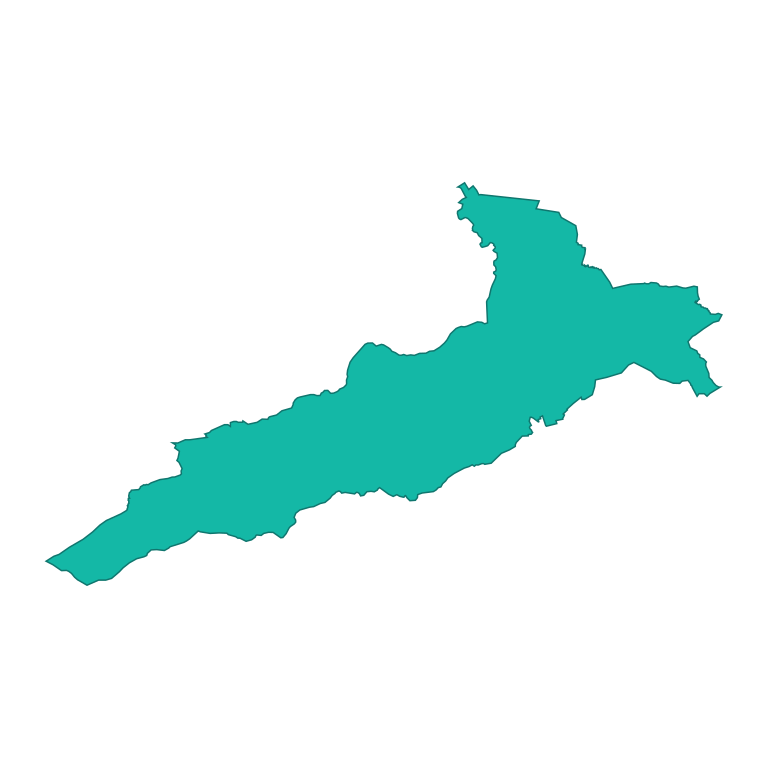 the district of Rieni, Bihor, Romania
{"feature_id": "2599482B82314750202462", "entity_name": "Rieni", "entity_type": "district", "adm_level": 2, "iso_a3": "ROU", "parent_name": "Romania", "parent_adm1": "Bihor", "projection": "orthographic", "projection_center": [22.405, 46.554], "detail": "fine", "context": "isolated", "style": "filled", "palette": "teal", "viewbox_px": 768, "rotation_deg": 0, "n_neighbors": 0, "source": "geoboundaries", "source_scale": "gbopen_adm2", "svg_char_len": 6116}
<svg xmlns="http://www.w3.org/2000/svg" viewBox="0 0 768 768"><path d="M219.2,532.9L226.9,533.2L228.3,534.6L235.7,536.7L237.8,538.1L240.0,538.2L246.1,541.3L251.6,539.8L255.2,537.2L256.0,535.4L256.8,535.0L261.2,535.4L263.8,533.4L268.5,532.3L273.1,532.4L280.8,537.8L282.9,537.5L286.1,533.7L289.0,528.1L290.3,526.6L294.4,523.8L295.7,522.1L295.6,520.0L294.1,517.4L295.8,513.2L299.8,510.0L309.5,507.2L313.7,506.6L320.3,503.5L325.0,502.4L330.1,498.2L332.2,495.4L334.9,493.5L335.8,492.3L338.8,491.0L340.4,491.6L341.7,493.1L345.2,492.4L354.6,493.9L356.5,492.3L357.8,492.5L359.3,493.5L360.6,495.9L363.8,495.3L366.9,491.7L371.1,491.3L374.3,491.8L377.3,490.1L378.1,488.7L379.6,487.6L388.5,494.1L393.2,496.4L396.9,494.7L399.7,496.3L403.4,497.2L404.1,497.1L405.1,495.6L405.6,495.6L407.1,497.9L409.9,500.7L415.4,500.3L417.4,497.7L417.7,494.6L422.2,493.0L433.4,491.6L436.2,489.9L438.3,487.6L440.9,486.9L442.6,483.7L445.6,481.0L447.8,477.9L454.2,473.4L464.2,468.1L469.2,466.5L472.2,464.8L474.3,466.2L476.0,464.9L478.2,465.0L481.9,463.6L483.7,463.6L484.7,464.3L491.2,463.2L501.4,453.3L509.4,449.9L515.3,446.4L515.3,444.7L516.3,442.4L522.2,436.1L528.2,435.9L528.3,434.6L531.4,434.1L532.6,432.4L531.7,431.3L531.5,430.3L529.8,428.5L529.5,427.2L530.0,426.2L531.3,425.4L529.2,421.2L530.2,417.3L531.3,417.2L533.3,418.1L538.3,421.9L538.8,421.7L538.2,419.5L540.7,418.7L540.1,417.1L542.5,415.9L545.7,425.5L546.4,426.2L556.8,423.6L556.0,420.6L562.8,419.2L562.7,418.6L564.4,415.0L563.2,414.0L567.4,409.9L566.9,409.2L573.1,403.6L581.1,397.2L581.9,399.5L584.6,399.4L592.3,394.7L594.7,386.7L595.5,379.9L606.5,377.4L621.4,372.9L628.5,365.0L633.9,362.4L651.3,371.3L656.5,376.5L660.3,379.1L665.3,380.1L673.2,383.2L679.8,383.4L682.1,381.1L688.0,380.4L690.5,383.7L690.9,385.2L691.7,385.7L692.5,387.8L697.1,396.3L699.0,393.7L704.3,393.7L707.0,396.2L709.9,393.4L720.2,387.1L718.9,387.1L716.0,385.5L713.2,382.5L711.9,380.2L709.1,377.5L708.8,373.4L705.8,366.2L705.7,363.5L706.4,362.0L703.5,358.9L699.9,357.4L699.7,354.7L697.8,353.5L696.8,350.9L690.2,347.7L688.0,341.6L692.5,336.4L695.2,335.0L703.4,328.9L713.4,322.3L718.7,320.9L721.9,314.8L718.2,313.4L715.4,314.4L710.4,314.0L710.2,312.9L708.8,311.4L708.8,310.7L708.3,310.6L707.3,308.7L706.7,308.9L705.7,308.1L704.0,308.0L703.1,307.1L701.2,306.9L700.7,305.7L701.0,305.2L699.7,304.3L698.4,304.6L696.5,303.4L696.4,302.7L695.4,302.8L695.0,302.3L695.7,301.1L697.4,301.4L697.6,300.6L699.3,299.2L698.1,296.1L697.5,292.8L697.3,286.9L693.9,286.2L685.7,288.2L682.8,287.9L676.7,286.1L668.8,287.1L666.0,286.2L663.1,286.5L659.7,286.0L658.3,284.0L656.5,283.0L650.9,282.5L648.8,283.8L646.5,283.8L644.5,283.1L643.9,283.6L630.7,284.2L612.7,288.4L609.7,282.2L600.9,269.5L599.2,269.8L598.3,268.6L596.9,268.5L596.4,267.9L594.7,268.2L593.9,267.1L593.5,267.1L593.4,267.8L592.3,267.5L592.6,266.8L592.2,266.6L591.2,267.4L590.8,267.0L590.3,267.5L588.8,267.3L588.1,265.2L587.5,265.2L587.4,265.8L586.9,265.8L586.9,266.4L585.7,266.3L585.4,266.7L584.9,266.5L585.2,265.6L584.4,265.0L584.2,265.7L582.0,264.9L582.2,264.4L581.7,264.5L581.7,264.0L584.8,254.0L585.4,249.2L584.9,249.3L585.0,247.7L582.3,247.4L581.6,246.1L581.7,245.2L578.1,244.6L578.3,244.1L578.0,243.2L576.4,242.3L577.4,234.5L575.8,225.7L561.3,217.5L558.8,212.4L536.1,208.8L539.2,200.9L480.7,194.6L478.9,194.9L476.6,190.3L473.1,185.9L468.7,189.5L464.6,182.8L457.9,187.0L459.4,187.2L461.1,188.3L465.3,196.3L466.3,197.4L462.3,199.3L458.7,202.6L462.8,204.2L461.8,208.6L457.6,211.3L457.4,213.4L458.6,217.9L459.5,219.0L460.9,219.6L464.9,217.6L465.9,217.6L468.1,218.6L472.9,223.6L473.7,225.1L472.8,226.6L472.4,228.5L472.7,229.9L472.4,230.3L474.0,231.8L477.2,232.7L478.7,235.6L481.9,238.4L482.0,242.7L480.6,243.1L480.0,244.2L481.2,246.6L482.2,247.3L485.6,246.4L487.7,245.7L490.3,242.6L491.8,242.8L493.6,243.9L494.0,244.6L493.7,245.3L495.2,246.7L495.2,248.0L493.1,250.3L494.0,251.4L497.1,253.2L497.5,257.7L495.9,260.1L494.2,260.9L493.8,262.0L493.9,265.0L495.6,266.8L496.2,269.7L495.7,271.1L493.7,272.1L493.7,273.4L496.0,275.6L495.8,276.9L495.4,278.7L492.4,285.0L491.0,288.9L489.2,297.1L487.2,300.1L486.6,301.8L487.5,322.9L484.6,323.8L481.8,322.3L477.4,321.9L467.0,326.2L464.2,326.9L461.2,326.5L458.3,327.5L456.1,328.5L450.5,333.8L446.9,340.1L444.4,343.1L439.8,347.2L434.0,350.8L429.5,351.3L426.0,353.2L419.5,353.4L414.4,355.4L410.7,354.9L406.7,355.6L403.7,354.5L401.1,355.3L399.0,355.1L395.4,352.7L391.9,351.3L390.2,349.1L388.3,347.7L383.6,344.9L381.4,344.4L376.2,346.1L372.5,343.0L367.8,343.1L365.1,344.3L353.2,357.7L350.1,362.2L347.6,370.2L347.1,374.3L347.7,376.7L346.5,380.0L346.6,383.9L346.0,385.1L343.5,387.5L339.5,389.2L338.6,390.6L336.8,391.8L333.4,393.2L330.6,393.3L327.8,390.4L324.5,390.5L322.9,392.3L321.3,393.1L320.1,395.5L316.9,395.6L313.8,394.6L310.6,394.6L300.1,397.0L297.4,397.9L295.2,399.8L293.2,403.1L293.2,404.5L291.6,408.0L281.9,410.8L276.6,415.0L269.9,416.7L268.7,417.5L267.8,419.3L262.1,419.1L257.2,422.3L248.0,424.3L242.9,420.9L242.6,422.2L238.1,422.3L236.4,421.5L233.7,421.5L230.4,422.6L230.4,426.4L227.9,424.7L224.4,424.7L211.4,430.5L209.5,432.5L204.9,434.0L206.4,435.2L205.8,436.0L207.2,437.4L189.4,439.8L185.3,439.8L177.8,443.0L172.5,442.9L175.6,444.8L175.8,446.0L174.7,447.9L179.4,451.3L178.0,458.2L176.9,460.5L179.0,462.3L182.1,468.6L181.1,471.0L181.4,473.8L180.3,475.0L174.8,477.0L172.1,477.1L167.9,478.5L159.9,479.6L151.0,482.9L148.2,484.7L146.2,484.5L145.3,485.1L143.8,484.8L140.5,486.8L140.1,488.0L138.7,489.6L131.4,490.2L130.7,491.6L129.4,492.7L128.7,496.1L129.3,497.5L128.6,498.1L129.3,498.4L128.6,498.8L128.1,500.1L128.9,500.9L128.7,502.2L129.0,503.1L128.0,504.2L128.0,505.6L127.4,505.8L127.9,507.0L127.1,509.0L127.3,509.6L125.9,510.9L120.9,513.9L106.4,520.5L99.9,525.1L92.7,531.9L83.1,539.3L69.5,547.2L59.1,554.4L53.8,556.3L46.1,561.2L52.9,564.7L61.5,570.6L66.5,570.4L68.7,571.3L71.5,573.4L74.6,577.2L77.6,579.8L87.0,585.2L98.6,580.1L105.8,580.1L111.6,578.4L119.4,571.7L123.1,567.8L129.4,562.8L136.7,558.7L143.9,556.8L146.7,555.5L147.4,553.3L151.2,549.9L156.7,549.6L164.4,550.5L168.7,548.1L170.1,546.7L183.8,542.4L186.3,541.1L189.6,538.9L198.2,531.0L200.3,531.8L210.1,533.4L219.2,532.9Z" fill="#14b8a6" stroke="#0f766e" stroke-width="1.5"/></svg>